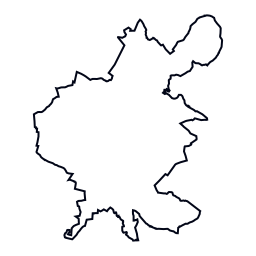 the district of La Unión, Sucre, Colombia
{"feature_id": "7082276B70731756004161", "entity_name": "La Unión", "entity_type": "district", "adm_level": 2, "iso_a3": "COL", "parent_name": "Colombia", "parent_adm1": "Sucre", "projection": "mercator", "projection_center": [-75.264, 8.814], "detail": "fine", "context": "isolated", "style": "outline", "palette": "ink", "viewbox_px": 256, "rotation_deg": 0, "n_neighbors": 0, "source": "geoboundaries", "source_scale": "gbopen_adm2", "svg_char_len": 5773}
<svg xmlns="http://www.w3.org/2000/svg" viewBox="0 0 256 256"><path d="M155.8,39.9L154.5,38.6L154.0,38.6L153.7,38.5L153.8,38.1L153.1,37.8L152.7,38.3L151.7,39.0L149.8,40.0L148.0,39.4L147.0,37.6L146.6,37.7L146.4,36.2L145.7,34.7L146.0,32.9L145.6,31.4L146.2,30.4L146.2,29.6L145.5,28.3L144.1,26.0L143.5,24.3L141.8,21.4L141.0,20.5L140.0,19.7L137.8,22.7L134.5,30.7L130.2,30.8L130.7,29.2L128.5,27.6L124.1,30.3L124.5,32.2L126.0,34.5L125.2,36.3L122.2,37.8L121.2,37.5L118.1,37.1L118.0,37.4L124.4,45.3L114.7,64.6L108.7,72.9L112.6,75.9L112.1,77.3L111.9,78.5L110.9,80.1L109.5,79.9L108.3,80.9L107.5,81.2L106.4,81.3L105.7,80.9L105.7,80.7L103.6,79.8L102.7,78.9L102.3,78.6L100.9,78.2L97.0,79.0L92.9,78.9L91.8,79.2L90.3,79.9L85.8,76.5L83.9,75.3L81.2,73.8L76.8,71.9L74.5,82.4L73.1,81.4L72.4,85.1L68.1,85.9L66.4,86.8L65.1,87.3L61.2,87.4L58.0,88.4L57.0,88.5L56.2,88.3L57.7,92.5L58.7,96.7L56.6,96.9L54.2,98.6L53.3,98.9L52.7,100.1L52.2,102.0L51.2,103.6L49.5,105.3L49.1,106.0L46.8,107.3L45.0,109.6L42.8,111.4L42.0,111.9L41.1,112.1L39.1,112.0L37.8,112.1L33.9,114.3L34.5,121.1L34.8,127.0L36.0,127.3L35.9,128.4L37.1,128.6L36.8,131.9L38.5,132.2L38.5,136.5L37.4,142.4L36.5,145.7L38.3,146.0L36.5,151.9L36.8,152.6L37.9,153.6L40.0,155.1L40.8,156.7L41.5,157.5L44.5,159.8L44.6,159.6L48.4,161.7L52.8,163.2L55.1,164.8L56.7,165.1L58.5,166.2L60.6,166.8L63.3,167.9L64.2,168.5L64.8,169.2L65.9,170.9L66.7,172.5L67.2,172.9L68.7,173.4L72.6,173.9L68.5,180.0L69.9,179.7L74.3,181.4L74.2,181.6L75.7,182.4L75.8,183.6L74.9,188.8L84.7,191.3L84.6,193.3L85.2,200.0L84.0,200.1L81.3,200.8L78.8,200.9L77.9,201.2L77.0,201.8L77.8,206.0L78.9,206.3L79.2,206.6L79.4,208.6L80.6,212.0L79.6,215.8L75.7,216.5L78.6,218.6L78.7,219.2L78.9,223.8L75.8,225.0L73.8,226.0L72.7,227.1L71.9,228.1L71.7,228.3L71.2,235.2L69.3,234.8L68.0,234.3L69.4,232.2L69.4,230.0L67.9,229.9L67.2,230.1L66.3,232.6L65.1,233.3L64.4,235.1L64.9,237.3L65.8,237.5L65.9,237.8L72.2,239.3L72.5,239.1L76.5,234.9L78.0,232.4L79.8,230.5L80.6,229.3L82.2,227.4L83.1,226.6L84.3,226.0L85.0,225.9L86.7,219.7L92.3,219.0L92.7,213.4L93.5,213.5L93.5,213.2L97.7,213.1L98.0,210.0L100.5,211.4L102.2,210.5L103.8,209.4L107.0,211.2L108.3,209.4L110.3,207.5L112.1,208.7L113.2,209.8L113.8,212.1L113.8,212.3L114.1,212.9L114.5,213.2L114.8,213.1L115.4,212.6L115.9,212.3L116.1,212.4L116.6,214.6L116.6,215.4L116.8,215.9L117.4,216.0L118.3,215.8L118.1,217.0L118.4,217.1L119.1,216.6L119.4,216.7L120.7,219.3L121.4,219.8L123.1,220.8L123.2,221.1L122.9,221.5L123.1,222.5L122.8,222.9L122.8,223.6L123.8,225.5L123.9,226.3L122.3,226.7L122.2,227.6L122.3,230.7L123.1,232.3L123.5,232.7L126.5,232.1L126.9,232.9L126.0,234.6L126.3,234.9L127.6,235.8L128.8,237.4L132.6,239.5L133.1,240.6L135.4,240.4L135.7,240.0L136.3,239.6L136.7,239.8L136.9,240.4L138.2,240.3L137.4,237.2L136.9,233.6L135.1,227.5L136.3,225.5L137.8,222.0L137.3,219.4L136.1,220.0L135.4,220.0L134.7,220.5L133.6,220.6L133.6,215.8L133.0,214.0L132.9,211.8L133.0,210.2L134.6,210.6L135.8,211.2L139.2,214.0L139.6,215.9L140.6,217.2L146.1,223.5L147.2,224.0L148.5,225.3L150.0,225.9L149.9,226.5L150.8,226.7L151.4,226.4L151.9,226.7L151.8,227.0L154.6,228.1L155.6,228.3L155.6,228.7L156.4,228.9L159.0,228.8L163.6,229.1L166.4,228.9L167.8,228.9L170.0,230.5L172.6,231.2L173.6,231.3L174.8,232.3L176.2,233.1L177.8,233.2L178.2,227.8L178.5,227.7L179.1,226.9L179.2,227.1L182.4,225.3L185.6,223.7L186.7,223.8L187.7,223.7L189.6,222.5L192.3,221.6L194.0,220.6L194.9,219.9L197.0,218.7L197.5,218.4L198.2,217.3L199.7,214.0L199.9,211.6L200.2,211.1L187.3,201.2L186.3,201.0L185.5,200.6L184.6,200.9L183.6,200.5L181.6,200.8L180.5,200.7L180.2,200.3L179.6,198.9L179.0,198.3L176.3,196.9L175.3,196.0L173.3,195.3L173.0,194.8L172.4,192.7L171.7,192.2L169.0,192.0L168.1,192.7L167.4,193.6L166.7,193.9L165.5,193.4L163.7,193.4L158.0,192.6L157.9,192.1L156.7,190.3L154.6,185.4L159.1,180.9L165.4,174.1L167.6,175.3L175.2,164.6L176.2,163.9L180.7,162.2L186.8,160.5L185.6,155.9L184.0,151.4L184.6,146.9L184.8,146.4L188.7,146.0L191.1,144.7L191.3,144.2L190.9,143.3L196.5,139.5L196.6,138.7L196.3,136.1L191.2,133.8L190.4,133.4L188.8,130.9L188.2,130.3L183.7,126.7L183.0,125.9L180.3,123.5L185.4,121.2L186.6,120.8L191.6,119.8L192.5,120.3L193.8,119.5L194.7,118.4L195.4,118.5L201.2,120.1L204.6,119.8L206.5,119.9L207.2,119.7L207.0,118.2L202.4,114.3L196.9,111.2L196.0,111.4L195.4,111.3L194.4,110.3L193.5,109.7L188.7,107.1L189.2,106.4L188.1,105.7L187.7,106.3L186.6,105.6L185.9,104.9L184.7,103.0L184.4,100.3L183.3,98.7L182.5,96.4L182.1,95.8L181.0,94.9L178.9,94.9L177.8,97.0L177.0,97.8L175.5,98.5L174.0,98.7L172.0,98.1L169.0,94.9L166.4,93.4L164.8,94.0L163.0,92.8L163.6,92.1L164.0,91.9L165.3,91.9L164.7,90.2L164.3,90.0L164.4,89.8L166.1,90.2L166.6,89.0L167.4,89.3L167.0,90.4L166.7,90.3L167.6,91.2L168.9,91.6L169.6,90.5L168.9,89.6L168.7,89.0L168.1,85.9L169.0,83.6L168.8,80.2L169.1,79.7L170.5,78.8L170.7,77.6L170.6,75.8L171.0,75.5L171.9,75.3L174.7,75.3L176.1,74.7L177.9,75.0L180.4,76.1L185.5,73.2L187.6,71.7L189.9,71.0L192.6,66.8L192.3,62.5L193.1,61.2L195.4,63.1L195.9,63.2L198.6,63.3L200.7,64.4L201.4,65.1L201.9,65.3L202.3,65.3L203.1,64.9L204.3,64.9L205.8,64.4L206.4,64.5L206.7,65.1L207.3,65.4L207.6,64.6L208.0,64.5L209.8,62.4L210.9,61.6L212.7,60.6L215.8,57.7L216.9,55.9L217.9,54.7L218.5,53.0L219.0,52.8L219.2,51.7L221.4,47.3L221.6,46.6L222.1,40.3L221.7,39.2L220.3,37.2L220.1,36.3L220.5,33.3L220.7,28.2L220.0,26.8L217.0,23.4L215.1,20.8L214.8,20.3L214.1,17.8L213.6,17.6L212.0,16.5L209.9,15.7L207.6,15.4L206.4,15.4L205.7,15.6L204.9,15.6L205.0,15.9L203.1,16.4L199.7,17.4L199.7,17.5L197.4,18.8L195.6,21.7L195.1,22.2L192.5,24.2L190.7,26.0L190.5,26.5L190.5,27.2L190.0,29.3L188.5,32.3L188.3,33.4L187.9,33.7L185.3,37.0L183.8,39.6L182.9,40.3L177.9,41.8L177.2,42.7L176.1,45.0L172.8,49.4L173.9,51.0L170.1,53.8L165.7,49.3L162.9,44.7L161.1,45.4L160.8,45.2L157.7,41.8L157.1,40.5L155.8,39.9Z" fill="none" stroke="#020617" stroke-width="2"/></svg>